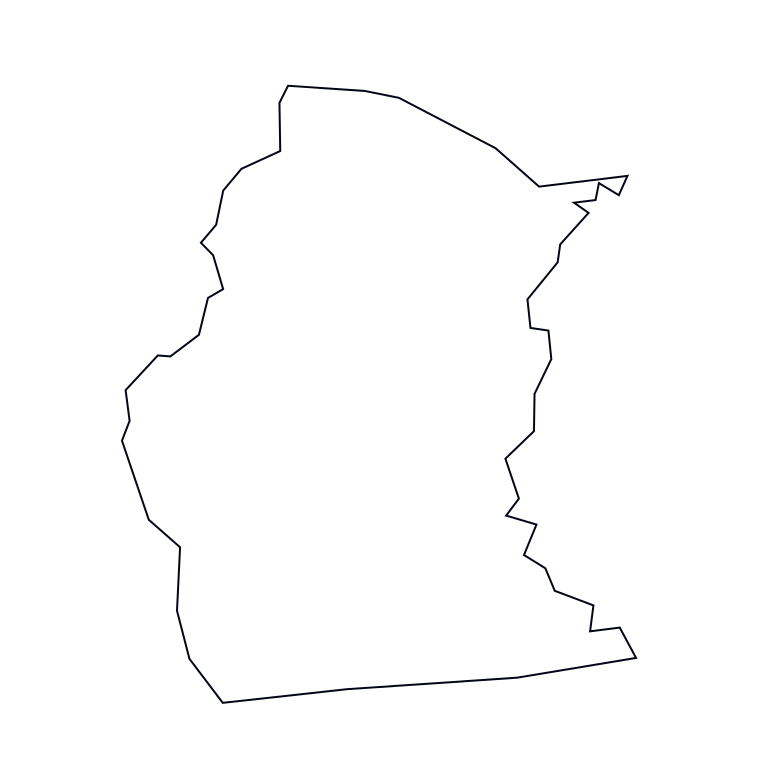 Prince Edward, Virginia, United States of America (Mercator projection), rotated 83°
{"feature_id": "52423323B85213242879906", "entity_name": "Prince Edward", "entity_type": "district", "adm_level": 2, "iso_a3": "USA", "parent_name": "United States of America", "parent_adm1": "Virginia", "projection": "mercator", "projection_center": [-78.472, 37.239], "detail": "fine", "context": "isolated", "style": "outline", "palette": "ink", "viewbox_px": 768, "rotation_deg": 83, "n_neighbors": 0, "source": "geoboundaries", "source_scale": "gbopen_adm2", "svg_char_len": 798}
<svg xmlns="http://www.w3.org/2000/svg" viewBox="0 0 768 768"><g transform="rotate(83 384 384)"><path d="M207.1,117.0L207.0,206.0L163.6,244.5L101.8,334.3L90.8,367.4L76.3,442.9L92.2,453.5L140.1,458.6L153.0,499.2L172.4,520.0L205.5,531.2L221.5,548.5L235.4,537.9L270.2,532.1L277.1,548.2L312.6,561.7L330.6,592.7L328.1,605.0L358.6,641.2L389.6,641.0L408.3,651.0L490.1,634.0L521.2,606.3L583.8,617.1L633.1,610.6L680.8,582.9L682.4,457.8L691.7,287.8L686.6,167.2L654.5,179.7L654.6,209.6L629.3,203.1L610.1,239.7L586.6,246.3L570.8,265.9L542.1,249.8L529.5,278.8L514.2,264.1L472.9,272.6L449.1,240.9L412.2,235.8L379.7,214.9L351.0,214.3L346.2,231.8L317.5,231.3L284.4,196.8L266.9,192.1L239.1,160.1L227.2,173.3L227.2,151.6L210.8,146.2L225.2,127.9L207.1,117.0Z" fill="none" stroke="#020617" stroke-width="2"/></g></svg>